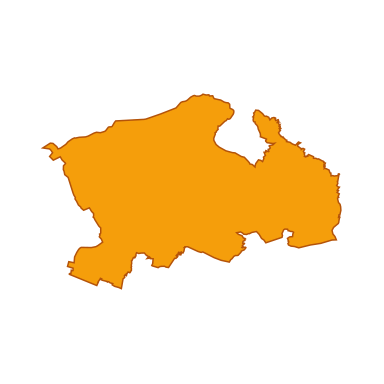 the district of Soledad Atzompa, Veracruz, Mexico, rotated 249°
{"feature_id": "50627088B15412930906672", "entity_name": "Soledad Atzompa", "entity_type": "district", "adm_level": 2, "iso_a3": "MEX", "parent_name": "Mexico", "parent_adm1": "Veracruz", "projection": "robinson", "projection_center": [-97.186, 18.707], "detail": "fine", "context": "isolated", "style": "filled", "palette": "amber", "viewbox_px": 384, "rotation_deg": 249, "n_neighbors": 0, "source": "geoboundaries", "source_scale": "gbopen_adm2", "svg_char_len": 6078}
<svg xmlns="http://www.w3.org/2000/svg" viewBox="0 0 384 384"><g transform="rotate(249 192 192)"><path d="M125.0,325.5L127.5,325.8L129.7,325.0L132.9,325.4L134.2,325.7L134.5,327.1L135.5,326.8L137.5,328.8L139.7,327.3L140.8,329.2L141.6,328.2L143.7,331.3L144.4,330.2L146.2,329.4L147.7,331.2L149.7,331.5L149.6,331.8L155.4,335.3L155.8,336.0L156.3,335.8L156.4,335.1L155.0,334.1L156.0,330.3L156.9,329.3L157.2,327.6L159.9,328.4L160.1,327.9L160.7,327.7L163.4,327.8L165.6,325.7L166.5,324.4L166.5,323.9L167.9,325.1L168.1,324.6L168.5,325.0L168.5,324.2L170.3,325.0L169.7,325.5L171.2,326.9L172.4,325.6L172.8,326.0L173.9,325.4L174.5,324.6L177.5,322.1L177.8,320.9L179.1,319.7L179.9,317.5L181.4,318.1L185.2,314.3L184.7,313.4L184.8,312.6L184.6,312.4L184.0,312.7L184.1,310.4L185.0,309.8L185.1,310.4L187.4,310.4L188.0,311.3L188.7,310.7L189.9,310.5L191.6,312.5L192.7,311.6L193.1,310.4L192.6,309.8L192.5,309.3L193.2,309.5L197.0,307.1L198.4,307.8L199.0,310.9L200.5,309.3L198.6,305.4L200.9,302.9L203.3,301.3L205.2,298.3L206.3,299.1L207.3,298.0L209.1,297.4L209.7,296.8L210.6,296.7L210.4,296.3L212.1,295.3L212.0,295.0L215.7,294.0L216.6,294.2L216.9,295.3L217.3,295.5L217.7,296.5L218.6,296.1L219.0,296.4L219.4,297.7L220.3,297.5L220.4,296.8L220.8,297.4L221.7,297.9L222.0,296.9L222.3,296.8L223.4,298.2L223.5,297.5L225.8,297.4L226.3,296.4L226.7,296.8L226.3,298.2L227.0,297.7L228.0,298.5L228.6,298.4L228.8,295.7L230.8,295.7L230.7,296.4L231.1,296.5L232.2,295.2L232.5,293.0L231.4,290.6L234.3,290.4L236.1,288.7L236.2,288.0L237.0,286.8L239.8,286.0L244.3,283.4L245.6,280.8L244.1,279.2L243.6,277.8L242.3,277.9L240.6,276.5L240.3,275.7L239.7,276.2L237.6,275.0L236.4,274.7L235.3,275.0L234.7,276.0L233.8,275.6L232.9,275.7L230.8,276.6L229.1,276.8L227.0,276.4L222.4,276.7L220.4,276.3L219.1,275.6L214.7,280.5L214.2,280.2L213.7,279.2L213.0,279.0L211.1,279.8L208.2,285.0L207.9,286.5L207.0,284.3L207.6,280.8L207.3,280.5L205.7,280.9L205.0,280.7L204.4,279.6L204.5,278.4L202.3,278.2L202.3,277.7L204.2,275.8L203.7,275.3L202.9,275.4L202.8,274.7L203.2,273.5L199.8,273.6L198.9,271.2L197.5,271.1L195.1,268.8L196.9,267.5L198.2,265.6L195.8,261.9L194.7,260.9L192.8,259.8L196.0,258.2L197.5,256.0L198.5,256.1L200.6,255.4L205.7,253.3L207.5,250.7L213.1,246.2L214.3,243.8L218.3,238.4L224.1,233.5L227.7,231.5L232.4,230.9L234.4,231.6L237.8,234.6L239.0,234.7L239.3,236.2L240.0,236.5L241.1,238.8L241.7,238.8L244.2,240.0L243.6,241.4L243.7,241.9L246.3,248.1L246.4,249.5L247.6,251.4L246.9,252.1L246.7,253.1L246.9,254.1L249.7,258.2L250.9,259.3L252.4,260.0L253.2,260.1L254.5,259.5L256.4,257.6L256.9,257.5L260.4,258.6L262.2,257.8L263.4,255.6L264.5,254.2L267.5,251.8L271.1,246.3L271.8,246.0L274.4,245.8L275.4,242.7L276.7,242.6L277.5,239.9L279.4,237.3L278.9,235.6L278.9,233.1L280.0,230.3L281.2,229.0L281.4,227.8L281.0,224.7L279.4,220.6L279.1,218.4L279.7,215.4L279.6,213.6L276.2,207.2L276.1,190.7L276.6,175.1L277.0,173.2L285.7,146.2L284.6,144.4L281.8,140.9L281.8,140.0L282.5,137.8L282.4,137.0L280.0,133.1L279.9,131.4L280.2,127.7L282.0,124.2L282.1,121.4L281.4,115.0L281.6,112.3L283.5,106.3L284.1,102.5L284.6,101.7L284.5,99.3L283.3,94.3L281.7,91.3L280.1,84.9L280.3,82.3L282.8,82.0L287.2,79.6L288.4,77.2L286.6,68.5L283.2,74.5L281.5,75.3L278.6,75.9L276.2,71.8L271.4,73.9L272.1,81.6L268.4,82.2L264.5,84.1L263.9,84.1L262.5,81.4L259.0,79.9L257.1,80.0L253.8,79.4L250.0,81.6L233.8,80.6L231.4,80.6L228.6,81.1L227.5,80.3L224.9,80.9L220.5,81.3L217.9,82.7L216.7,82.7L213.8,84.3L214.0,90.5L209.7,91.3L207.3,92.4L204.9,91.6L204.0,90.7L202.9,91.3L200.9,91.4L193.6,92.8L191.2,93.9L186.7,92.2L186.0,91.7L185.8,90.6L184.8,90.7L183.4,89.4L180.5,90.5L177.2,90.6L175.7,84.9L175.4,82.6L176.2,78.1L180.0,68.7L179.7,67.0L179.0,65.6L176.9,62.8L173.4,59.1L168.2,56.6L171.1,52.0L167.1,49.1L163.5,53.7L161.3,52.7L161.6,51.3L162.0,51.2L159.1,49.6L159.7,48.9L159.5,48.1L159.1,48.0L138.8,69.6L141.3,72.1L141.5,71.9L143.6,74.8L143.4,75.0L144.2,75.6L143.3,76.6L142.5,75.9L141.7,76.7L138.5,81.2L138.2,81.0L138.1,82.0L136.5,83.0L134.9,85.2L134.0,84.2L131.7,85.9L129.1,89.4L127.1,91.4L135.6,96.5L136.3,98.5L138.2,99.0L138.5,99.8L137.4,100.8L138.4,101.5L138.9,100.9L139.2,101.5L138.9,101.8L140.2,103.6L138.9,105.0L139.3,105.8L140.0,106.2L140.3,107.2L142.4,108.1L143.6,108.1L143.9,108.8L145.5,109.1L146.9,110.1L149.5,110.9L149.4,111.3L151.8,113.8L151.2,114.5L151.9,115.5L151.5,115.6L152.6,116.9L153.6,117.1L155.2,118.5L153.7,120.2L153.2,122.7L152.1,125.7L148.9,126.8L148.7,127.4L147.5,128.0L146.6,127.3L146.0,126.2L145.6,128.2L146.4,128.4L146.7,129.0L145.3,129.6L145.3,129.2L144.7,129.2L143.6,131.8L139.2,129.6L137.8,128.1L137.3,128.4L133.5,133.3L133.9,135.0L133.6,136.6L132.5,139.7L131.2,140.8L129.9,143.0L136.3,152.0L135.8,153.1L136.5,155.0L137.1,155.7L137.8,155.7L137.7,154.7L138.2,154.4L139.1,155.9L139.0,156.8L140.1,157.4L140.9,158.5L139.2,157.6L138.1,157.4L138.1,157.9L138.5,158.0L138.5,158.8L137.6,158.5L137.3,159.0L138.3,159.9L139.3,159.4L139.7,159.6L139.9,160.5L138.9,160.9L138.3,161.7L139.7,163.3L142.2,164.8L142.8,164.7L142.7,165.6L143.4,165.8L142.4,168.4L134.3,176.3L132.3,178.9L132.2,180.6L122.8,189.1L117.8,194.7L113.2,201.7L115.0,204.0L115.3,205.3L117.0,208.2L117.1,209.9L116.5,211.4L116.4,212.4L118.2,216.1L119.1,216.9L119.3,220.1L120.4,222.0L120.9,222.4L121.5,221.8L122.0,218.9L122.4,218.7L123.0,220.1L124.0,219.9L125.0,222.5L125.3,222.5L126.0,221.0L127.4,221.8L127.8,222.4L127.8,224.0L128.7,224.1L129.0,225.1L129.8,224.7L130.6,223.5L133.2,223.1L135.9,220.1L138.0,219.1L137.3,223.0L135.6,224.5L134.1,225.1L132.8,227.7L132.9,229.7L132.5,230.6L132.8,233.4L132.0,238.0L128.4,239.5L123.7,240.3L121.4,241.9L118.1,242.7L117.4,259.8L119.0,260.9L120.8,261.0L123.9,264.1L124.1,265.4L123.0,267.9L121.3,267.9L121.0,268.9L120.1,269.5L119.1,271.5L118.0,272.4L116.7,271.1L114.3,269.9L115.1,267.1L114.5,264.5L112.3,264.6L111.8,264.1L110.9,264.5L110.0,263.9L109.6,263.1L108.0,263.1L106.0,265.0L104.4,268.1L101.6,271.7L100.1,283.6L97.9,293.8L97.0,305.4L95.6,309.6L99.2,309.5L102.4,308.5L106.0,309.0L108.2,311.5L110.2,317.3L110.9,318.0L114.6,320.1L115.2,320.9L116.0,321.0L116.0,319.8L118.0,321.1L117.6,321.8L121.5,324.4L125.0,325.5Z" fill="#f59e0b" stroke="#b45309" stroke-width="1.5"/></g></svg>